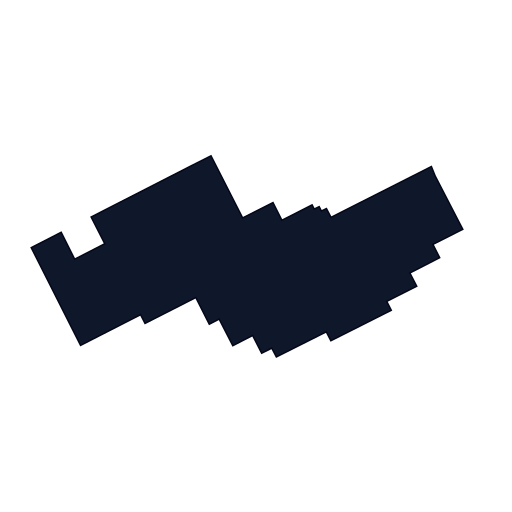 outline of Prairie, Montana, United States of America, rotated 333°
{"feature_id": "52423323B29603956786477", "entity_name": "Prairie", "entity_type": "district", "adm_level": 2, "iso_a3": "USA", "parent_name": "United States of America", "parent_adm1": "Montana", "projection": "equal_earth", "projection_center": [-105.314, 46.861], "detail": "fine", "context": "isolated", "style": "filled", "palette": "ink", "viewbox_px": 512, "rotation_deg": 333, "n_neighbors": 0, "source": "geoboundaries", "source_scale": "gbopen_adm2", "svg_char_len": 646}
<svg xmlns="http://www.w3.org/2000/svg" viewBox="0 0 512 512"><g transform="rotate(333 256 256)"><path d="M59.1,256.0L126.5,255.9L126.5,265.7L183.5,265.7L183.4,295.6L194.5,295.5L194.6,325.4L216.9,325.3L216.9,345.2L228.2,345.3L228.3,355.2L284.2,355.5L284.2,365.5L351.9,365.8L351.9,355.8L385.5,355.9L385.4,341.0L418.9,340.9L418.9,326.0L452.4,326.1L452.3,316.1L452.0,265.8L452.9,255.9L340.4,255.6L340.3,245.7L334.7,245.6L334.7,240.7L329.2,240.6L329.2,235.9L295.3,235.9L295.4,216.1L261.4,216.0L261.4,146.3L239.8,146.2L126.8,146.4L126.8,176.4L93.0,176.5L93.2,146.4L59.5,146.5L59.1,256.0Z" fill="#0f172a" stroke="#020617" stroke-width="1.5"/></g></svg>